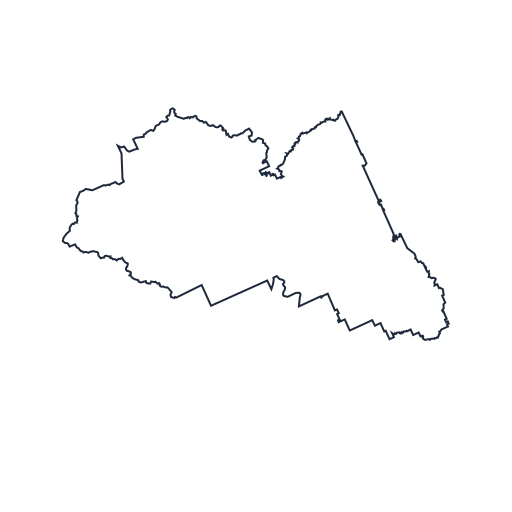 the district of Muswellbrook, New South Wales, Australia, rotated 56°
{"feature_id": "25037944B88537048948574", "entity_name": "Muswellbrook", "entity_type": "district", "adm_level": 2, "iso_a3": "AUS", "parent_name": "Australia", "parent_adm1": "New South Wales", "projection": "orthographic", "projection_center": [150.528, -32.488], "detail": "fine", "context": "isolated", "style": "outline", "palette": "slate", "viewbox_px": 512, "rotation_deg": 56, "n_neighbors": 0, "source": "geoboundaries", "source_scale": "gbopen_adm2", "svg_char_len": 6129}
<svg xmlns="http://www.w3.org/2000/svg" viewBox="0 0 512 512"><g transform="rotate(56 256 256)"><path d="M135.7,407.9L138.5,406.9L139.7,405.4L140.9,404.9L144.0,405.2L145.2,399.5L148.7,399.7L150.5,398.8L153.6,398.6L155.3,397.3L156.6,397.1L157.3,394.9L159.7,392.9L159.7,391.2L160.4,390.1L160.6,388.7L163.9,385.5L165.0,385.1L167.5,386.4L171.1,386.0L171.6,383.9L172.4,382.9L171.5,381.5L172.0,380.0L174.4,378.1L174.9,376.9L176.3,377.8L176.9,376.8L178.7,376.5L179.8,374.6L181.9,373.9L181.4,371.7L182.6,370.1L182.6,368.0L185.8,368.3L188.2,367.9L190.4,366.5L191.2,366.9L192.7,368.7L193.1,370.2L194.4,371.3L196.4,371.2L197.4,370.0L199.5,368.9L200.8,369.7L201.4,371.7L202.5,370.9L205.0,370.7L207.2,369.7L210.3,367.1L211.8,367.6L213.6,366.2L215.2,361.4L216.7,362.0L219.0,360.3L219.7,359.0L218.5,357.2L220.9,354.7L221.2,353.7L223.8,353.2L224.3,351.5L225.7,351.5L226.6,352.4L228.5,351.7L229.1,350.4L231.5,348.5L232.6,346.9L238.8,346.1L240.3,348.6L242.6,349.3L245.2,347.1L244.7,346.0L245.9,345.3L249.7,317.3L272.1,321.1L282.6,260.4L292.1,261.8L288.6,257.4L285.2,254.3L283.7,253.7L284.3,250.0L288.2,249.4L291.0,247.0L292.8,246.7L293.9,247.6L294.3,249.3L295.6,249.7L298.2,249.4L300.2,251.2L301.0,253.1L302.2,254.5L303.4,255.3L304.6,255.3L307.5,252.7L308.9,243.5L310.8,240.6L311.7,240.3L313.3,241.0L314.9,242.9L321.8,248.6L325.6,224.9L327.0,225.1L326.7,223.7L326.4,223.6L327.3,217.6L345.2,221.0L345.6,218.7L349.7,219.4L349.4,222.1L349.6,221.2L355.5,222.2L355.2,224.0L357.1,224.4L358.2,217.9L370.2,219.9L374.2,195.5L380.3,196.4L381.2,190.3L390.3,191.9L390.5,190.3L399.7,191.8L400.4,187.0L396.0,186.3L398.1,185.5L398.3,184.8L397.8,184.0L398.8,183.6L398.4,181.8L399.7,179.6L400.4,179.9L401.3,179.3L400.7,177.5L401.8,177.3L401.2,175.4L402.2,174.3L402.3,172.9L402.9,172.8L403.4,168.9L409.4,169.9L410.4,163.9L414.6,164.6L415.6,163.5L415.0,162.7L415.4,162.3L416.2,162.4L417.5,163.7L418.4,163.6L420.1,162.7L421.5,159.3L422.7,158.7L422.3,157.8L423.5,155.3L424.2,154.9L424.0,153.5L424.8,153.0L424.7,151.3L425.3,150.8L424.5,150.1L424.4,149.2L423.3,148.3L423.0,146.8L421.2,146.4L421.5,145.5L420.6,143.4L421.8,136.3L419.5,135.9L419.8,134.1L417.4,133.6L417.1,135.4L414.4,134.9L414.7,133.1L406.7,131.6L406.6,132.2L405.2,132.2L404.3,129.6L400.9,127.6L400.5,125.2L392.9,123.8L393.2,122.1L388.0,119.7L385.1,121.3L384.9,122.3L380.8,121.5L380.3,124.5L378.9,123.3L377.7,123.1L375.7,119.9L374.8,119.9L373.3,121.0L372.5,122.9L370.7,123.5L370.0,124.6L367.8,122.3L366.7,122.5L365.3,121.2L364.6,122.9L360.9,122.3L361.0,121.7L359.5,121.4L359.4,122.1L355.5,121.4L354.6,122.4L352.6,122.5L351.9,124.9L347.6,124.7L347.0,125.4L345.6,123.9L342.7,123.3L334.1,126.2L318.5,123.9L318.0,124.4L318.3,125.2L320.2,126.0L319.6,128.1L320.8,129.6L318.9,129.9L317.4,128.4L316.8,129.4L317.0,130.2L318.9,130.6L321.2,132.7L321.1,133.6L319.3,134.0L318.7,132.4L317.1,131.8L316.5,130.8L314.4,129.5L289.4,125.1L289.6,124.1L288.2,123.9L288.1,124.8L283.4,123.6L283.3,124.6L281.5,124.3L281.4,125.0L279.7,124.7L280.4,121.5L278.8,121.5L278.6,122.8L279.1,123.5L240.8,117.0L241.9,115.5L241.0,112.6L231.2,110.9L231.0,111.8L218.1,109.6L218.0,108.3L216.9,108.2L216.7,109.5L210.9,108.1L184.1,104.1L183.7,105.2L184.7,105.7L184.9,106.9L185.9,107.5L185.2,109.1L186.2,109.4L187.8,111.7L187.5,113.9L188.1,114.6L187.3,115.7L186.3,115.7L186.2,116.3L184.1,118.3L183.1,117.8L183.3,120.2L182.7,120.7L182.1,120.1L181.4,121.2L181.7,122.4L183.3,123.3L182.6,124.2L182.2,126.9L181.5,127.6L182.2,127.9L182.4,129.1L181.8,131.4L182.1,133.6L182.8,134.2L182.2,135.3L183.1,136.2L182.0,138.8L182.6,139.6L182.0,140.3L182.7,141.0L182.5,145.3L181.7,145.1L180.7,148.7L179.7,148.7L179.8,150.7L181.3,152.6L181.0,153.7L182.2,154.6L181.9,155.6L183.7,155.2L184.7,156.4L184.5,158.0L185.0,158.2L184.1,159.1L184.3,159.6L184.0,160.2L185.0,160.8L184.7,161.5L186.3,162.5L185.7,163.6L186.1,165.2L187.5,164.9L188.5,166.0L187.9,167.0L188.2,167.6L187.9,168.4L188.7,168.7L188.0,169.9L189.2,172.1L188.1,173.2L189.1,173.1L190.1,174.2L190.1,176.5L191.9,177.8L194.6,181.9L194.8,183.8L194.2,184.6L194.7,185.3L194.3,186.4L194.5,187.7L195.4,188.4L195.4,189.6L197.2,188.6L198.8,189.1L199.0,188.2L200.4,187.4L201.9,189.5L204.4,189.6L205.4,189.0L205.4,191.5L204.3,191.3L203.5,195.4L199.1,194.7L198.9,196.2L197.4,196.0L197.3,196.3L198.1,196.5L197.7,198.8L193.9,198.1L193.6,199.6L194.3,199.7L194.2,200.5L192.1,201.0L192.7,201.8L195.4,202.2L195.4,202.6L193.9,202.3L193.2,203.0L191.7,202.8L191.2,204.9L192.4,205.2L192.3,205.7L189.9,205.6L187.3,205.2L188.9,194.9L183.5,194.1L182.9,198.4L182.1,198.3L180.9,196.2L181.6,194.6L180.2,192.0L176.6,190.1L175.9,188.7L175.0,188.2L173.6,185.5L171.1,185.6L169.5,186.2L167.8,185.5L166.0,187.0L163.9,185.3L162.7,185.6L159.5,188.0L159.5,191.9L160.4,192.1L160.4,193.3L158.9,195.4L156.1,196.1L152.8,195.1L153.7,192.3L151.3,190.2L146.5,190.5L146.0,194.6L146.7,198.5L145.9,200.0L146.1,201.8L145.4,202.6L145.8,204.0L143.7,206.5L143.2,208.1L144.0,209.1L144.0,210.2L141.9,211.5L139.1,210.9L139.1,212.7L134.9,210.9L133.3,213.3L132.1,213.1L131.9,211.7L128.1,212.3L127.6,213.1L128.1,215.0L127.6,216.2L126.5,217.4L123.3,218.6L123.0,220.6L121.2,222.4L116.8,222.6L116.4,224.6L113.9,225.2L112.9,226.9L108.7,228.2L107.0,227.4L105.8,228.0L105.5,230.1L105.8,230.9L104.3,232.3L104.7,233.9L103.2,234.2L102.6,235.8L103.0,236.2L102.1,237.4L101.9,239.1L96.6,243.3L94.2,244.4L93.4,243.1L91.7,243.6L90.5,243.1L89.5,241.7L87.1,242.3L86.7,243.7L86.9,245.6L88.4,246.3L90.9,249.4L90.3,250.9L90.6,252.6L93.5,252.7L94.3,254.0L94.0,256.1L91.9,258.6L91.7,260.4L92.7,262.9L92.1,266.4L94.2,269.3L94.8,271.2L92.7,272.6L92.3,277.5L92.9,278.6L92.6,281.2L94.4,282.4L90.9,289.4L90.6,292.6L101.0,294.1L99.7,297.4L98.7,302.6L96.5,303.9L91.5,304.1L90.6,307.1L87.3,308.9L95.7,310.1L117.3,323.5L120.4,323.9L120.1,329.4L118.3,330.6L116.1,331.2L115.0,336.8L115.4,337.6L114.1,338.8L113.3,341.6L112.2,342.4L110.0,354.9L105.2,359.7L105.3,362.8L104.5,366.2L109.3,373.7L111.2,373.6L112.3,374.4L113.4,376.7L118.1,379.7L119.6,381.8L120.7,381.4L122.4,382.5L123.5,381.5L124.8,383.6L126.7,384.2L127.4,385.7L128.1,385.8L127.0,387.7L127.6,389.1L126.7,390.1L127.1,392.2L128.6,394.9L131.0,396.2L131.6,400.5L133.3,405.4L135.7,407.9Z" fill="none" stroke="#1e293b" stroke-width="2"/></g></svg>